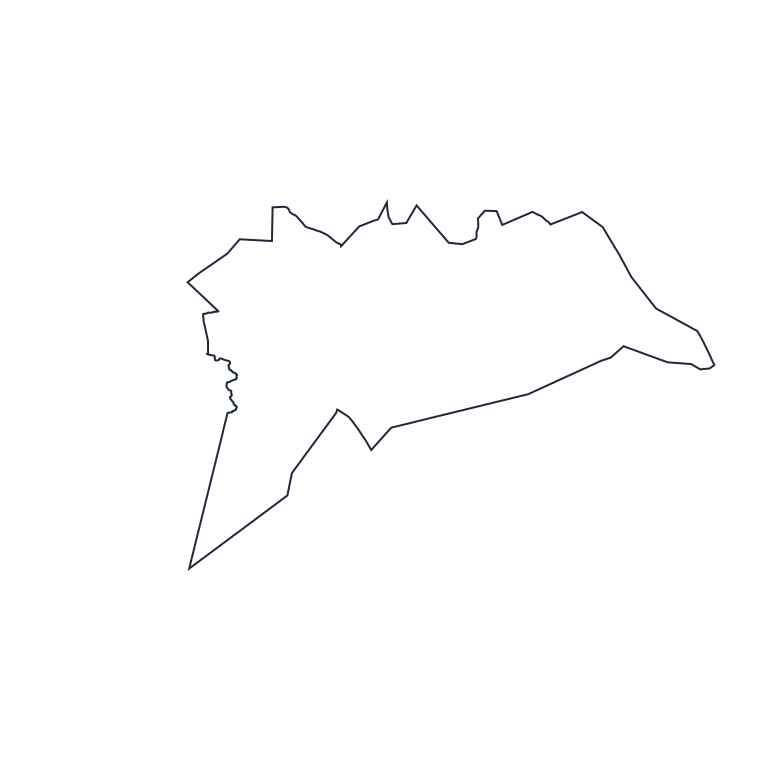 outline of Namsskogan nor, Nord-Trøndelag, Norway, rotated 48°
{"feature_id": "86288312B18361683612622", "entity_name": "Namsskogan nor", "entity_type": "district", "adm_level": 2, "iso_a3": "NOR", "parent_name": "Norway", "parent_adm1": "Nord-Trøndelag", "projection": "mercator", "projection_center": [12.823, 64.81], "detail": "fine", "context": "isolated", "style": "outline", "palette": "slate", "viewbox_px": 768, "rotation_deg": 48, "n_neighbors": 0, "source": "geoboundaries", "source_scale": "gbopen_adm2", "svg_char_len": 5445}
<svg xmlns="http://www.w3.org/2000/svg" viewBox="0 0 768 768"><g transform="rotate(48 384 384)"><path d="M251.0,260.4L257.7,278.3L255.6,282.9L250.3,297.0L252.9,323.7L251.9,323.1L251.3,323.0L250.7,323.1L247.2,324.5L246.0,324.8L241.1,325.5L239.2,325.8L236.4,326.2L234.5,326.8L232.7,327.5L230.4,328.4L228.7,329.2L227.5,329.7L225.4,331.1L221.5,333.2L219.8,334.2L217.7,335.4L216.0,336.4L214.9,337.0L213.5,337.1L209.7,336.8L203.5,336.8L201.6,336.8L200.5,336.8L198.8,337.2L198.0,337.7L196.6,338.2L195.2,338.6L193.9,338.8L193.0,338.8L191.9,338.5L191.0,338.0L189.5,337.9L188.5,337.9L187.4,338.3L185.7,339.4L184.8,340.4L183.5,342.0L179.5,347.0L178.2,348.6L202.8,371.6L179.9,394.4L182.3,413.1L177.9,447.1L177.5,452.6L177.3,456.3L177.0,461.9L206.7,459.4L219.0,458.4L219.0,458.5L218.9,459.1L218.8,459.4L218.7,459.5L218.5,459.8L218.3,460.0L217.5,460.6L217.3,460.8L217.2,461.0L217.1,461.3L217.1,461.5L217.0,461.9L217.0,462.0L216.8,462.4L216.3,462.7L216.0,463.0L215.9,463.1L215.8,463.4L215.9,463.7L215.9,463.9L215.9,464.1L215.8,464.3L215.0,465.1L214.6,465.4L214.3,465.8L214.1,466.2L214.0,466.4L213.9,466.5L213.6,466.6L213.4,466.7L213.2,466.9L213.2,467.1L213.2,467.3L213.1,467.8L212.9,468.3L212.6,469.2L212.5,469.4L212.3,469.6L211.8,470.1L211.6,470.4L211.4,470.7L211.3,471.0L211.2,471.3L211.1,471.7L211.1,471.8L214.3,474.2L217.5,476.6L219.9,477.8L223.4,479.8L234.1,485.9L243.0,493.8L243.5,494.3L243.7,494.7L243.5,495.1L243.4,495.3L243.6,495.3L243.9,495.3L244.2,495.1L244.5,494.9L245.5,494.1L245.8,493.9L246.7,493.4L247.0,493.1L247.4,492.8L248.0,492.2L249.4,491.3L249.8,491.2L250.3,491.4L250.7,491.7L251.9,492.6L252.2,493.0L252.6,493.4L253.3,493.5L253.7,493.4L254.1,493.2L254.4,492.9L254.9,492.1L255.2,491.6L255.5,491.0L255.5,490.4L255.5,490.1L255.2,489.6L255.1,489.2L255.2,488.9L255.4,488.5L255.9,488.1L257.7,487.2L258.4,486.8L259.5,486.3L260.6,485.6L261.7,484.8L262.4,484.4L263.4,483.8L263.9,483.7L264.2,483.7L264.6,483.8L265.0,484.2L265.7,484.6L265.9,485.3L265.8,486.1L265.9,486.6L266.1,486.8L266.2,487.2L266.2,487.3L266.3,487.3L266.8,487.4L267.0,487.5L267.4,487.8L267.7,488.1L268.0,488.3L268.6,488.4L268.8,488.6L269.0,488.9L269.4,489.1L269.8,489.2L270.0,489.0L270.5,488.9L271.3,488.5L271.6,488.5L272.1,488.7L272.3,488.6L273.1,488.3L273.6,488.4L273.8,488.5L274.1,488.4L274.9,487.9L275.0,487.9L275.1,488.0L275.3,488.0L275.6,487.9L276.0,487.8L276.3,487.4L276.5,487.3L276.6,487.2L276.9,487.2L277.4,487.2L277.9,487.1L278.1,487.1L278.3,487.2L278.5,487.2L278.9,487.0L279.0,487.1L279.1,487.3L279.1,487.6L279.1,487.8L279.1,488.0L279.3,488.2L279.5,488.5L280.0,488.8L280.5,489.1L281.1,489.5L281.1,489.9L281.1,490.0L281.2,490.4L281.3,490.4L281.3,490.6L281.3,490.8L281.2,491.0L281.3,491.1L281.2,491.2L281.2,491.3L280.9,491.7L280.8,491.8L280.8,492.0L280.8,492.3L280.6,492.8L280.3,493.3L280.2,493.5L280.0,494.1L279.8,494.7L279.7,495.2L279.6,495.4L279.6,495.5L279.5,495.8L279.4,496.0L279.3,496.3L279.3,496.6L279.4,496.8L279.3,497.2L279.2,497.4L278.8,497.9L278.7,498.0L278.5,498.4L278.5,498.5L278.4,498.8L277.9,499.2L277.8,499.5L278.1,499.7L278.2,500.0L278.3,500.3L278.6,500.5L278.8,500.8L278.8,501.0L279.4,501.6L279.6,501.9L279.9,502.3L280.3,502.5L280.5,502.7L280.7,502.9L281.2,503.1L281.7,503.2L282.0,503.2L283.2,503.0L283.5,503.0L283.9,503.1L284.3,503.3L284.5,503.4L285.2,503.1L285.7,502.8L286.2,502.3L286.5,502.2L287.0,502.3L287.4,502.5L287.9,503.0L288.2,503.3L288.3,503.4L288.5,503.7L288.7,503.8L289.5,504.1L289.8,504.2L290.1,504.3L290.3,504.4L290.5,504.6L290.6,504.8L290.7,505.2L290.8,506.2L290.7,506.4L290.6,506.6L290.6,506.8L291.0,506.8L291.1,507.0L291.2,507.3L291.2,507.5L291.3,507.6L291.4,507.8L291.6,507.9L291.9,508.0L292.6,508.0L293.5,507.9L293.9,508.2L294.1,508.3L294.4,508.3L294.7,508.3L295.2,508.3L295.5,508.2L296.0,508.2L296.5,508.2L296.8,508.4L297.0,508.4L297.4,508.5L297.7,508.8L297.9,508.9L298.4,509.1L298.6,509.2L298.9,509.2L299.4,509.1L299.9,509.2L300.1,509.2L300.4,508.7L300.5,508.6L301.1,508.7L301.7,508.6L301.9,508.6L302.1,508.6L302.7,508.9L302.9,509.0L303.0,509.2L303.1,509.5L303.1,510.0L303.1,510.4L303.2,510.5L303.8,510.7L304.0,510.9L304.0,511.2L303.9,511.7L304.0,512.1L303.9,512.4L303.6,512.7L303.5,513.0L303.4,513.2L303.5,513.4L303.3,514.1L302.7,514.7L302.7,515.1L302.8,515.4L303.0,515.6L303.1,515.8L303.3,515.9L300.8,519.6L300.9,519.8L304.1,524.5L310.7,534.2L312.0,536.0L313.8,538.6L390.8,652.3L402.2,530.4L388.6,512.1L386.3,500.9L383.8,489.2L382.8,483.9L382.7,483.7L382.1,480.5L381.8,479.4L381.4,477.6L381.3,476.7L380.0,470.7L379.8,469.5L379.5,467.9L379.3,467.2L379.0,465.9L378.6,463.8L378.4,463.0L377.7,459.5L377.2,457.0L376.9,455.7L376.7,454.5L376.0,451.2L375.1,446.8L373.4,438.8L371.7,435.9L374.3,435.0L385.0,432.2L391.4,432.5L402.2,433.7L409.1,434.8L412.8,435.2L424.5,437.6L421.3,407.9L442.6,368.1L456.4,342.5L473.8,310.1L488.1,283.6L498.6,250.0L512.1,207.0L516.1,197.8L516.2,180.7L557.7,158.7L574.7,142.4L584.7,139.2L590.3,131.7L591.0,125.8L584.7,124.0L582.0,123.0L567.4,118.8L562.1,117.4L558.7,116.6L554.1,115.7L553.3,116.1L550.8,117.0L546.1,118.6L535.3,122.4L532.4,123.4L510.0,131.3L470.1,128.6L444.4,122.4L437.8,121.2L413.8,116.5L388.8,121.7L376.8,153.6L374.1,153.3L370.6,154.2L365.2,154.6L364.5,154.8L359.8,156.9L355.5,158.4L344.9,189.7L330.9,184.6L322.7,193.1L323.9,203.6L327.8,206.5L331.2,209.8L332.2,212.3L332.8,213.4L333.2,213.8L336.0,216.2L336.5,216.5L336.9,217.1L337.7,218.7L332.5,232.2L322.4,241.4L273.1,240.3L279.3,259.7L270.8,270.8L263.2,269.0L255.8,264.2L251.0,260.4Z" fill="none" stroke="#1e293b" stroke-width="2"/></g></svg>